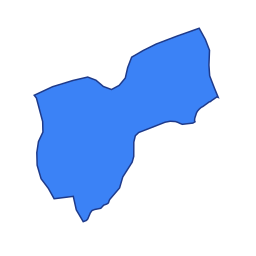 Tekirdag, Albers equal-area conic projection, rotated 347°
{"feature_id": "TUR-2242", "entity_name": "Tekirdag", "entity_type": "Province", "adm_level": 1, "iso_a3": "TUR", "parent_name": "Turkey", "parent_adm1": "", "projection": "albers", "projection_center": [27.493, 41.027], "detail": "fine", "context": "isolated", "style": "filled", "palette": "blue", "viewbox_px": 256, "rotation_deg": 347, "n_neighbors": 0, "source": "natural_earth", "source_scale": "10m", "svg_char_len": 988}
<svg xmlns="http://www.w3.org/2000/svg" viewBox="0 0 256 256"><g transform="rotate(347 128 128)"><path d="M222.8,118.5L221.6,117.7L215.3,120.2L214.4,120.8L213.1,120.8L205.8,123.9L203.9,124.4L201.7,125.6L199.6,127.1L198.2,128.6L195.3,133.4L194.5,135.7L194.7,137.0L192.3,137.8L181.7,136.6L179.7,135.2L177.8,133.7L175.7,132.4L170.6,130.9L165.5,130.7L137.4,134.8L133.4,137.2L130.5,143.0L127.2,157.0L124.3,162.3L111.9,174.5L106.3,184.5L94.4,193.3L93.6,194.1L92.3,196.2L91.7,196.8L90.2,197.3L87.0,197.7L83.4,200.1L77.2,199.9L74.4,200.3L72.2,202.2L68.3,207.6L66.7,208.7L63.3,209.2L59.2,196.1L59.3,182.3L40.1,180.3L36.8,168.9L31.9,157.9L31.1,143.8L33.6,131.5L37.7,121.1L44.2,112.8L46.3,102.5L45.5,78.2L44.0,75.0L63.7,70.8L85.0,69.3L100.2,69.3L107.5,74.2L113.3,82.0L120.6,86.8L129.0,84.5L136.6,78.7L141.3,69.0L147.5,59.8L160.2,55.9L174.4,52.5L196.9,49.4L219.8,46.8L223.3,59.2L224.9,70.6L221.0,85.0L219.3,95.5L221.2,108.8L222.8,118.5Z" fill="#3b82f6" stroke="#1e3a8a" stroke-width="1.5"/></g></svg>